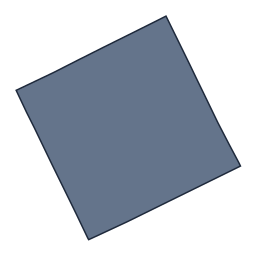 the district of Walworth, Wisconsin, United States of America, rotated 244°
{"feature_id": "52423323B18834110145420", "entity_name": "Walworth", "entity_type": "district", "adm_level": 2, "iso_a3": "USA", "parent_name": "United States of America", "parent_adm1": "Wisconsin", "projection": "orthographic", "projection_center": [-88.5, 42.668], "detail": "fine", "context": "isolated", "style": "filled", "palette": "slate", "viewbox_px": 256, "rotation_deg": 244, "n_neighbors": 0, "source": "geoboundaries", "source_scale": "gbopen_adm2", "svg_char_len": 483}
<svg xmlns="http://www.w3.org/2000/svg" viewBox="0 0 256 256"><g transform="rotate(244 128 128)"><path d="M210.9,44.0L186.5,43.7L169.4,43.9L128.0,43.7L86.4,43.8L72.7,43.8L46.8,43.6L44.9,43.7L44.8,47.6L44.1,86.0L44.5,212.4L48.5,212.4L69.0,211.7L93.4,211.1L128.3,211.2L140.2,211.2L156.3,211.3L171.9,211.3L211.9,211.2L211.6,183.3L211.4,155.3L211.3,141.3L211.0,117.1L211.0,115.2L210.5,85.7L210.5,85.1L210.9,44.7L210.9,44.0Z" fill="#64748b" stroke="#1e293b" stroke-width="1.5"/></g></svg>